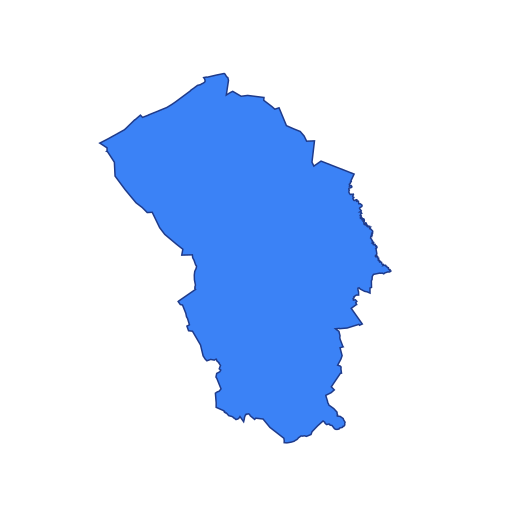 Ķeipenes pag., Ogre, Latvia (Albers equal-area conic projection), rotated 50°
{"feature_id": "27541924B50281047357310", "entity_name": "Ķeipenes pag.", "entity_type": "district", "adm_level": 2, "iso_a3": "LVA", "parent_name": "Latvia", "parent_adm1": "Ogre", "projection": "albers", "projection_center": [25.174, 56.905], "detail": "fine", "context": "isolated", "style": "filled", "palette": "blue", "viewbox_px": 512, "rotation_deg": 50, "n_neighbors": 0, "source": "geoboundaries", "source_scale": "gbopen_adm2", "svg_char_len": 6098}
<svg xmlns="http://www.w3.org/2000/svg" viewBox="0 0 512 512"><g transform="rotate(50 256 256)"><path d="M354.2,162.3L353.8,162.6L353.0,162.8L352.6,162.1L352.3,162.2L352.0,162.7L351.2,162.9L350.0,162.1L349.4,162.7L349.0,162.8L348.1,162.5L347.8,162.6L347.5,163.0L346.4,162.7L346.1,163.3L345.4,163.9L345.1,164.5L345.0,163.9L344.4,163.8L344.3,164.4L343.7,164.6L342.6,164.5L341.6,163.9L340.9,164.4L340.3,164.2L340.0,165.1L339.4,164.7L338.7,164.9L338.9,164.4L338.7,164.4L338.4,164.3L337.9,164.9L337.6,164.8L337.2,164.6L337.0,164.1L336.7,164.1L336.5,163.5L335.7,163.9L334.8,163.3L333.7,164.7L333.2,164.8L332.7,164.6L332.5,164.0L333.7,163.4L333.5,163.2L332.3,162.7L331.8,161.9L327.9,159.6L327.6,159.2L327.5,158.8L327.1,159.0L327.1,157.7L326.2,157.3L325.9,157.4L325.6,157.8L325.3,157.4L324.3,157.8L323.8,157.4L323.5,158.0L322.8,158.3L323.0,158.5L322.7,158.8L321.9,158.4L322.0,157.8L321.8,157.7L321.4,158.1L321.5,157.6L321.5,157.3L321.2,157.1L320.4,157.4L320.3,158.2L319.9,157.9L319.8,157.4L319.2,157.0L318.2,157.1L317.6,156.7L316.0,156.8L314.7,155.3L315.4,154.8L314.7,154.2L314.7,153.7L313.9,153.7L313.4,153.3L313.5,152.7L313.8,152.5L313.7,152.3L313.5,152.1L313.1,152.4L312.9,152.3L312.7,152.0L312.6,151.1L311.8,150.6L308.4,150.8L308.5,151.1L308.2,151.3L307.9,150.6L307.7,150.5L307.6,150.9L307.2,150.7L307.3,149.9L306.7,150.4L306.3,149.9L305.8,150.3L305.9,150.6L305.5,150.7L305.6,151.2L305.1,151.3L305.2,151.7L305.0,151.8L304.6,151.4L303.9,151.4L303.9,151.8L303.7,151.9L303.1,151.9L303.0,151.6L303.6,151.0L303.1,151.0L302.9,151.4L302.7,151.4L302.8,150.9L301.6,150.4L301.0,150.8L301.7,152.6L301.3,152.8L299.6,151.9L299.3,151.1L299.0,150.8L298.6,151.1L298.0,150.8L297.9,151.0L298.3,151.3L298.0,151.6L297.5,151.2L297.5,150.4L298.1,150.0L297.8,149.8L297.3,150.2L296.8,150.1L296.7,149.7L296.5,149.8L296.3,150.3L295.9,150.3L295.9,151.2L295.2,150.7L295.3,150.5L294.8,150.3L294.4,150.6L294.2,151.7L293.8,151.5L293.5,151.1L293.3,149.8L293.1,149.6L292.3,149.5L292.0,149.9L291.9,149.4L291.4,149.3L291.1,149.0L291.0,148.4L291.3,147.6L289.8,147.3L289.0,148.1L289.2,146.5L289.1,146.3L286.2,146.2L285.9,145.9L285.7,145.4L286.1,143.4L285.8,142.5L284.9,142.1L282.9,142.6L282.0,143.7L279.9,142.3L279.4,142.6L278.9,143.7L278.5,143.7L278.3,143.3L278.3,142.8L278.1,142.6L277.6,142.7L277.3,143.1L276.7,145.0L276.3,145.3L274.3,144.9L274.1,144.6L274.2,143.5L273.9,143.4L273.0,143.7L272.3,143.6L271.9,142.8L271.8,142.1L271.5,141.8L271.2,141.7L271.0,142.3L270.3,142.7L270.0,143.7L269.5,144.2L268.5,144.2L266.9,143.9L266.0,143.1L265.5,142.1L264.7,142.1L263.9,141.4L264.0,140.8L264.7,139.3L264.8,138.4L264.7,138.1L263.7,137.8L263.0,137.9L262.7,138.6L262.7,139.4L262.6,139.5L262.3,139.0L261.0,138.4L261.0,137.5L260.8,136.8L260.1,136.1L260.3,135.2L259.3,134.7L256.3,128.2L225.1,145.2L224.3,153.9L220.1,152.8L205.4,137.2L200.6,143.4L195.0,142.0L189.0,142.1L182.8,145.4L175.7,148.9L157.3,143.1L155.6,147.2L151.6,147.8L141.7,150.0L139.7,148.0L127.6,159.2L124.1,164.7L114.9,168.0L114.3,170.4L113.6,175.3L103.8,164.2L101.2,162.9L99.8,163.3L96.7,162.8L95.7,163.1L92.0,169.9L87.6,178.6L87.0,179.0L85.7,181.4L87.5,181.6L88.8,182.2L89.6,182.9L89.8,184.0L89.6,185.5L89.1,187.4L89.1,188.3L87.7,191.1L87.3,197.4L87.1,198.9L87.3,200.4L86.2,218.8L85.8,222.9L84.9,228.9L78.9,247.5L79.0,247.6L76.9,253.8L73.8,254.0L73.9,261.1L73.7,261.4L74.6,273.2L74.7,275.7L71.1,294.2L69.1,303.1L77.4,300.6L79.9,302.6L79.8,303.1L80.7,302.7L93.1,304.2L104.2,312.6L121.0,313.6L138.1,313.7L145.7,312.0L152.8,311.4L155.8,307.4L172.4,311.6L180.8,312.0L195.6,309.4L203.8,307.7L207.6,312.3L214.2,304.0L216.6,305.6L219.4,306.2L224.1,308.0L225.1,307.9L225.9,308.4L227.0,309.8L228.4,312.8L230.9,315.5L234.7,318.5L239.4,321.1L240.5,322.8L240.8,322.8L241.5,323.7L242.7,323.8L240.8,344.0L240.8,344.9L244.5,345.2L246.3,343.8L254.8,346.6L257.9,348.3L259.8,348.6L265.9,351.2L265.9,351.3L265.3,354.0L269.9,355.7L272.8,353.0L288.5,355.7L298.5,360.7L302.3,361.2L304.7,361.0L306.1,357.2L309.0,354.8L309.1,354.0L309.4,352.8L309.6,352.7L311.3,353.4L314.0,353.0L314.3,353.3L317.0,353.5L318.8,356.7L320.7,356.3L321.4,358.2L320.7,361.6L323.0,364.5L324.6,364.7L335.3,368.2L335.9,371.1L335.2,373.0L335.0,375.3L342.9,380.9L346.3,383.8L353.7,380.2L354.8,380.0L354.9,380.3L355.2,380.1L355.6,380.5L357.0,380.0L357.2,379.6L360.8,379.5L363.3,377.7L364.5,377.2L365.7,377.2L366.7,376.6L368.0,376.7L368.5,376.4L368.6,375.7L369.1,375.0L369.3,373.8L369.1,372.7L368.7,371.5L375.0,372.0L373.4,369.8L372.3,368.6L371.1,366.5L370.8,365.3L371.1,364.8L371.4,364.8L371.4,364.4L372.2,363.0L374.1,362.9L374.7,363.1L380.3,362.1L380.1,360.4L385.4,355.4L396.3,355.5L413.5,351.8L415.5,353.0L417.1,354.4L418.5,353.0L419.3,352.0L421.2,348.7L422.4,345.9L422.5,344.6L422.9,342.6L422.8,341.5L422.5,340.1L422.7,339.1L422.7,337.7L422.9,337.1L424.0,336.0L424.8,334.5L426.6,333.3L428.1,328.6L426.6,326.0L425.7,317.8L425.5,310.7L427.6,310.2L428.4,310.6L430.5,310.3L431.5,308.3L432.1,307.8L432.6,308.1L433.0,308.0L433.8,307.5L434.6,306.7L438.5,306.9L439.4,306.7L440.2,306.2L441.0,305.3L441.8,303.8L441.9,303.2L441.6,302.9L441.6,302.4L442.8,300.0L442.4,298.9L442.9,298.4L442.8,297.8L442.5,296.6L441.1,295.5L440.8,294.8L440.1,294.5L438.2,294.3L436.5,293.7L433.0,294.6L430.9,296.6L430.5,296.4L430.5,295.9L429.8,295.6L429.7,295.4L429.0,295.3L427.7,294.3L422.9,294.5L417.0,296.0L415.8,295.5L414.4,295.3L413.3,294.6L408.1,292.4L407.6,292.1L409.0,286.3L408.9,282.1L404.6,282.4L400.1,266.7L400.7,265.8L397.2,263.6L395.7,262.2L394.5,262.2L392.1,263.6L389.6,257.3L387.7,254.1L380.3,250.6L381.6,247.6L381.1,247.6L373.9,245.1L372.5,244.4L371.1,242.9L367.0,240.9L364.4,241.6L362.8,241.9L365.0,238.7L365.4,238.7L369.8,232.4L374.5,221.1L375.6,221.2L376.4,218.3L357.3,216.7L357.7,210.6L357.9,210.1L355.8,209.6L355.6,207.9L353.4,208.0L352.4,209.7L351.0,208.9L351.1,207.7L350.2,207.4L350.4,204.3L351.9,202.5L349.4,200.5L347.6,199.7L346.2,198.7L346.6,197.5L348.3,197.4L352.9,195.5L354.9,193.9L357.7,192.5L353.8,189.3L354.3,187.7L349.1,183.5L348.7,182.3L346.4,180.1L345.6,177.8L348.7,172.1L349.0,172.0L350.4,170.2L351.8,169.6L351.7,168.5L352.8,165.5L354.1,163.9L354.3,162.4L354.2,162.3Z" fill="#3b82f6" stroke="#1e3a8a" stroke-width="1.5"/></g></svg>